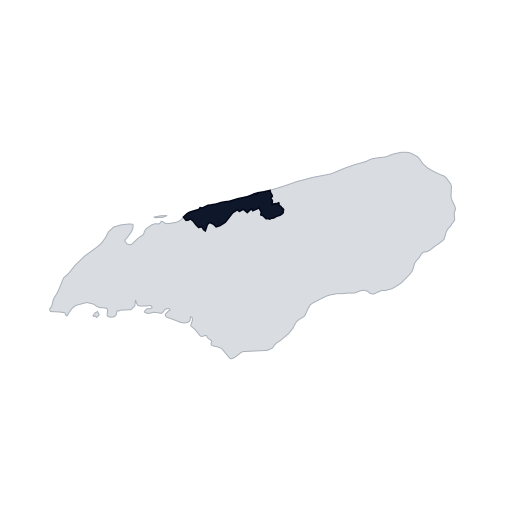 Atsinanana highlighted on a map of Madagascar, rotated 237°
{"feature_id": "MDG-5868", "entity_name": "Atsinanana", "entity_type": "Autonomous Province", "adm_level": 1, "iso_a3": "MDG", "parent_name": "Madagascar", "parent_adm1": "", "projection": "albers", "projection_center": [48.339, -18.983], "detail": "fine", "context": "in_parent", "style": "filled", "palette": "ink", "viewbox_px": 512, "rotation_deg": 237, "n_neighbors": 0, "source": "natural_earth", "source_scale": "10m", "svg_char_len": 5607}
<svg xmlns="http://www.w3.org/2000/svg" viewBox="0 0 512 512"><g transform="rotate(237 256 256)"><path d="M331.0,64.1L332.3,67.2L333.9,70.2L338.8,77.5L340.9,80.3L342.6,83.3L343.4,89.2L346.5,98.4L349.3,112.3L350.0,126.5L350.8,133.0L353.1,139.2L356.7,145.6L357.8,152.7L355.5,160.0L352.1,166.8L351.2,168.1L349.7,169.9L349.0,169.8L346.4,168.0L344.3,165.0L341.6,158.2L340.7,154.7L339.5,154.1L336.4,154.4L334.0,156.5L333.6,157.9L334.1,161.8L334.9,165.2L335.3,168.8L335.3,173.2L336.2,174.6L337.4,175.7L338.7,178.6L338.9,185.5L338.0,189.0L335.8,192.0L335.9,193.7L336.7,195.4L335.9,196.4L332.9,197.7L331.7,198.8L330.1,201.9L327.5,208.1L327.1,211.3L328.7,221.0L328.2,227.8L324.8,241.0L322.9,247.2L320.2,254.6L316.1,264.5L312.0,276.8L308.6,289.5L306.0,297.1L303.2,304.6L299.3,317.9L296.0,331.4L291.1,346.2L284.4,362.7L283.7,364.9L282.3,373.3L280.8,380.6L279.0,387.9L275.3,399.9L274.9,403.6L274.1,407.1L270.5,414.6L269.0,417.4L268.0,420.4L267.4,424.2L266.4,427.8L263.8,434.5L259.9,440.2L257.3,442.3L251.6,445.4L248.7,446.0L242.2,446.2L236.0,448.0L229.6,451.4L223.4,455.2L221.0,457.1L218.4,458.1L210.2,458.5L207.7,457.7L199.3,451.7L196.1,450.7L190.0,450.0L188.2,449.5L186.5,448.7L184.0,445.5L179.0,442.9L177.8,442.0L177.0,440.1L176.5,438.1L175.2,435.8L174.1,431.5L172.5,428.5L167.8,423.2L167.3,421.5L166.8,415.8L166.8,411.9L166.2,404.8L166.6,401.5L168.1,398.4L167.4,395.2L165.6,391.8L164.9,388.3L163.5,385.1L158.6,379.4L157.4,376.6L156.6,373.6L154.5,364.4L154.2,361.2L154.3,354.4L154.8,350.9L155.9,348.4L156.2,346.6L156.9,345.0L158.0,343.7L158.7,342.2L160.2,333.4L162.5,331.4L165.8,330.2L168.5,327.9L169.9,324.8L171.3,318.4L175.4,312.0L176.9,308.7L180.2,303.6L183.1,296.5L184.0,293.2L184.5,289.8L185.2,282.3L185.7,278.6L185.5,274.9L183.6,271.2L179.3,264.4L179.1,263.2L179.3,258.1L178.9,254.4L177.2,250.8L175.2,247.4L173.1,240.9L171.8,230.3L171.9,226.4L171.3,223.0L169.8,219.8L170.7,214.1L182.9,193.1L183.2,190.6L182.6,184.3L182.8,180.7L183.2,179.3L184.1,178.5L186.3,178.1L196.6,176.9L197.9,176.3L200.4,174.5L203.9,171.1L205.5,170.1L206.9,170.4L207.9,171.8L209.0,172.6L213.2,171.0L214.8,170.9L216.4,171.1L217.1,169.7L217.6,167.8L218.2,166.5L219.3,165.7L224.6,165.2L228.1,164.7L232.5,163.3L233.4,163.5L237.1,168.2L238.2,168.6L239.5,168.8L240.7,167.9L237.8,165.5L237.4,164.1L237.5,162.5L239.0,159.1L241.6,156.4L247.3,152.4L253.3,147.8L255.1,147.5L256.6,148.2L257.7,153.6L257.6,154.5L258.6,154.6L259.7,153.9L260.6,151.7L260.7,149.9L259.9,148.2L259.5,146.7L259.4,145.4L262.4,142.2L264.8,139.1L265.9,135.5L266.9,133.8L269.4,131.9L270.2,132.2L270.8,133.8L271.1,135.4L270.5,137.0L269.5,138.6L269.2,140.7L270.6,141.1L271.9,140.6L273.9,136.7L276.1,133.1L277.5,131.2L279.2,129.9L282.0,130.2L284.7,131.0L280.2,127.2L279.1,121.9L284.4,112.8L284.5,111.0L285.2,110.4L285.6,109.6L282.8,106.6L282.3,105.1L282.6,102.8L284.0,100.7L285.2,99.3L286.9,98.7L288.2,99.5L291.2,102.0L293.2,102.4L295.6,100.0L297.6,97.0L300.5,94.9L303.9,93.7L309.1,88.9L312.4,79.0L312.7,76.1L312.0,72.6L310.8,69.3L308.8,65.1L309.3,64.2L312.2,64.8L313.1,64.2L316.2,60.5L321.3,53.5L323.0,53.5L324.4,54.8L324.9,56.8L325.9,58.2L329.3,61.6L331.0,64.1ZM295.7,91.8L295.8,92.9L291.9,92.4L291.3,88.7L293.2,88.6L293.6,87.0L294.7,86.8L296.0,90.2L295.7,91.8ZM341.6,198.1L338.3,203.5L339.2,198.9L343.0,192.3L344.1,191.8L341.6,198.1Z" fill="#d9dde1" stroke="#a8b0b8" stroke-width="1"/><path d="M328.2,216.3L329.0,220.8L329.1,222.7L328.8,224.8L327.7,228.4L326.3,232.9L326.3,233.4L326.3,233.9L326.4,234.4L326.6,234.6L326.9,235.0L327.0,235.2L327.1,235.5L326.9,235.7L326.6,235.8L326.3,236.0L325.4,237.6L324.7,243.6L324.5,244.0L323.9,244.7L323.7,245.0L323.0,247.1L321.3,250.6L319.8,256.2L317.6,261.2L316.6,262.8L313.9,272.2L310.3,281.4L309.4,286.1L309.3,286.8L309.3,288.0L308.4,290.7L308.2,290.3L307.9,289.8L307.5,289.5L307.2,289.8L307.4,290.2L308.0,291.2L308.2,291.6L308.1,292.0L305.8,296.9L304.2,301.2L303.4,303.5L303.2,303.4L300.9,302.7L298.9,302.7L297.5,302.4L297.3,302.3L297.0,302.1L296.9,301.8L296.9,301.6L296.9,301.4L296.9,301.1L296.9,300.9L296.7,300.6L296.5,300.3L296.0,300.0L295.9,299.9L295.7,299.7L295.2,299.7L294.3,300.0L294.2,300.0L293.7,299.9L293.3,299.8L292.7,299.4L292.2,299.0L292.1,298.9L291.5,297.9L291.4,297.7L291.2,297.6L290.7,297.5L290.4,297.6L290.2,297.8L290.0,298.1L290.1,298.4L290.2,298.6L290.3,298.7L290.2,298.9L290.1,299.1L289.9,299.4L289.9,299.7L289.8,299.8L289.5,300.2L289.4,300.3L289.4,300.6L289.3,300.8L289.3,301.0L288.4,302.4L288.3,302.7L288.3,302.9L288.3,303.1L288.5,303.6L288.5,303.8L288.4,304.0L288.1,304.1L287.9,304.1L287.7,304.0L287.4,303.9L286.8,303.4L286.3,303.1L286.2,303.1L285.9,303.0L285.6,303.1L285.2,303.2L284.7,303.5L284.4,303.8L284.1,303.9L283.9,303.9L283.7,303.9L283.2,303.8L282.8,303.8L282.6,303.8L282.3,303.9L282.2,303.9L281.7,304.3L281.4,304.4L280.6,304.4L280.3,304.5L280.1,304.5L279.9,304.4L279.7,304.3L279.6,304.2L279.4,303.9L279.2,303.7L278.9,303.5L278.6,303.1L278.3,303.0L277.9,302.8L277.8,302.7L277.7,302.6L277.5,302.2L277.4,302.0L277.3,301.9L277.2,301.8L277.2,301.5L277.0,299.1L277.1,298.3L277.6,296.4L277.9,295.5L278.0,295.2L278.1,294.7L278.1,293.2L278.2,291.7L278.3,291.2L279.1,289.8L279.2,289.5L279.3,289.2L279.3,288.2L279.4,287.8L279.5,287.5L279.6,287.4L279.8,287.2L280.3,286.9L280.7,286.5L280.9,286.2L281.8,284.7L285.8,283.9L287.9,282.4L290.0,284.3L294.6,284.7L295.7,277.9L298.2,277.9L297.1,272.3L302.1,270.8L302.4,266.3L304.9,265.5L304.9,259.9L302.5,253.1L301.0,248.6L301.0,242.6L302.1,238.4L305.7,237.7L309.3,235.4L308.9,232.4L306.4,229.4L304.6,227.1L306.4,226.4L310.0,226.4L311.1,223.4L315.0,222.6L319.3,222.3L322.9,221.2L322.9,218.9L324.0,216.7L328.2,216.3Z" fill="#0f172a" stroke="#020617" stroke-width="1.5"/></g></svg>